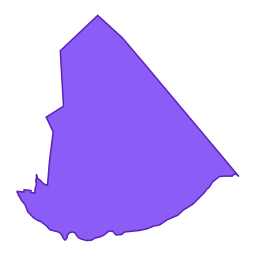 outline of Lae District, Morobe, Papua New Guinea
{"feature_id": "67681753B22982473942373", "entity_name": "Lae District", "entity_type": "district", "adm_level": 2, "iso_a3": "PNG", "parent_name": "Papua New Guinea", "parent_adm1": "Morobe", "projection": "natural_earth1", "projection_center": [146.975, -6.676], "detail": "fine", "context": "isolated", "style": "filled", "palette": "violet", "viewbox_px": 256, "rotation_deg": 0, "n_neighbors": 0, "source": "geoboundaries", "source_scale": "gbopen_adm2", "svg_char_len": 1632}
<svg xmlns="http://www.w3.org/2000/svg" viewBox="0 0 256 256"><path d="M21.4,200.3L25.0,204.7L27.9,212.0L33.5,217.8L38.9,221.1L40.2,221.1L46.5,225.9L49.9,229.8L57.5,231.7L59.6,232.6L61.8,235.0L63.0,237.9L64.7,239.9L65.6,239.9L67.2,237.4L67.2,235.5L69.7,232.5L73.1,232.0L75.2,233.0L76.5,235.4L78.6,237.8L81.6,239.2L87.0,240.6L91.7,240.1L95.0,238.1L100.9,236.6L103.8,235.1L108.8,231.2L112.6,231.2L116.0,235.0L121.5,234.5L124.9,231.9L126.5,231.8L130.6,231.4L140.0,230.4L146.7,228.9L154.2,225.9L157.6,225.4L160.5,224.4L166.8,220.0L177.8,215.2L183.2,210.1L192.8,204.2L204.1,192.9L207.4,188.5L208.7,188.0L212.4,182.1L219.1,176.7L223.8,176.1L232.2,176.1L234.2,174.2L235.9,174.1L238.9,176.5L144.2,63.6L122.1,37.6L97.7,15.4L60.3,50.8L63.5,106.2L46.2,117.1L50.0,125.1L50.9,127.1L53.2,132.0L50.0,156.9L49.3,163.0L48.9,168.3L48.5,173.2L47.5,185.3L44.7,184.3L42.8,183.1L41.8,182.1L39.9,179.9L39.5,179.7L37.8,178.7L37.3,177.8L37.1,175.8L36.5,175.0L36.3,175.9L36.6,177.2L36.5,177.8L36.0,179.0L36.0,179.7L35.9,180.4L35.9,180.9L35.9,181.4L36.0,182.0L36.1,182.3L36.2,182.9L36.3,183.5L36.3,184.5L36.2,184.8L36.1,185.2L36.0,185.5L36.0,186.1L35.9,186.6L35.6,187.1L35.3,187.9L35.1,189.8L35.0,190.3L34.9,191.0L34.9,191.9L34.9,192.3L35.0,192.9L35.0,193.0L30.9,192.5L31.0,190.5L24.5,189.8L24.1,189.7L23.9,192.0L17.2,191.3L17.1,192.2L17.3,192.5L17.5,192.6L17.6,192.8L17.7,193.0L17.8,193.3L18.0,193.5L18.1,193.9L18.2,194.3L18.3,194.8L18.4,195.1L18.5,195.4L18.6,195.5L18.8,195.9L19.2,196.5L19.3,196.6L19.4,196.8L19.5,197.0L20.0,197.6L20.2,197.9L20.2,198.0L20.3,198.1L20.4,198.4L20.5,198.6L21.4,200.3Z" fill="#8b5cf6" stroke="#5b21b6" stroke-width="1.5"/></svg>